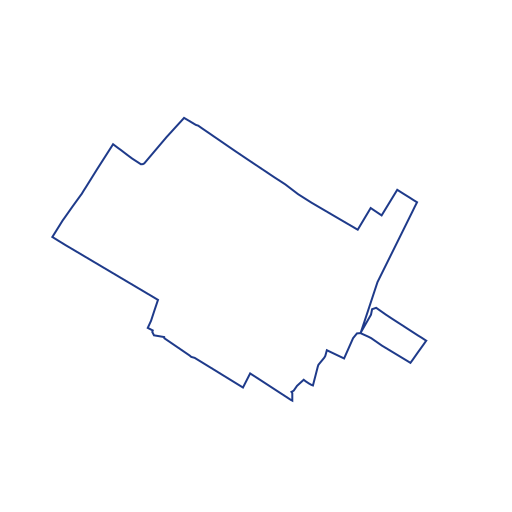 the district of Costache Negri, Galati, Romania, rotated 207°
{"feature_id": "2599482B13141455538439", "entity_name": "Costache Negri", "entity_type": "district", "adm_level": 2, "iso_a3": "ROU", "parent_name": "Romania", "parent_adm1": "Galati", "projection": "natural_earth1", "projection_center": [27.727, 45.705], "detail": "fine", "context": "isolated", "style": "outline", "palette": "blue", "viewbox_px": 512, "rotation_deg": 207, "n_neighbors": 0, "source": "geoboundaries", "source_scale": "gbopen_adm2", "svg_char_len": 1523}
<svg xmlns="http://www.w3.org/2000/svg" viewBox="0 0 512 512"><g transform="rotate(207 256 256)"><path d="M434.1,290.7L434.4,287.5L437.0,261.0L438.8,240.2L439.2,236.2L439.5,232.1L439.6,231.4L439.7,231.1L441.9,217.1L444.0,202.5L444.4,200.0L445.6,186.0L446.1,180.5L439.2,179.9L430.4,179.2L427.0,179.0L323.4,172.4L321.8,161.5L320.1,150.6L319.8,142.8L314.8,142.8L314.2,142.8L313.9,141.2L310.9,139.0L301.0,142.1L300.3,141.1L269.9,137.2L267.9,136.7L264.4,137.4L253.0,136.5L207.9,132.9L207.9,148.7L196.1,147.5L159.5,143.6L158.0,143.6L161.4,150.3L162.7,151.0L161.3,153.1L161.2,153.8L160.5,158.9L159.8,160.8L157.3,167.4L156.5,167.2L154.3,166.8L154.1,166.8L150.6,166.4L149.9,166.4L148.2,166.3L146.5,166.5L148.6,176.0L150.7,185.4L151.0,187.4L149.0,196.4L148.9,198.4L149.5,201.4L150.1,204.2L131.0,204.7L132.2,226.9L130.9,232.9L127.9,234.7L119.2,235.1L116.1,235.1L103.0,233.3L73.6,231.2L69.9,230.9L69.3,234.5L68.0,243.7L66.5,253.5L65.9,257.8L66.0,257.8L71.3,258.4L75.4,258.7L86.0,259.8L98.6,261.1L106.4,261.9L113.6,262.7L125.4,264.4L128.4,261.3L126.9,255.9L127.9,235.4L131.3,257.9L135.9,287.9L136.8,366.9L136.9,371.9L136.9,377.0L140.9,377.3L145.7,377.8L151.7,378.3L156.1,378.7L160.2,379.1L162.5,349.2L175.6,350.8L176.8,333.2L177.3,325.6L230.7,328.7L246.6,330.2L262.4,333.1L275.0,334.4L306.3,338.1L321.9,340.0L361.7,345.2L366.7,345.9L369.1,345.5L382.8,346.4L383.3,344.5L389.7,321.3L397.6,287.8L398.5,286.5L400.2,285.5L410.6,286.6L416.5,287.6L424.6,289.1L427.9,289.6L434.1,290.7Z" fill="none" stroke="#1e3a8a" stroke-width="2"/></g></svg>